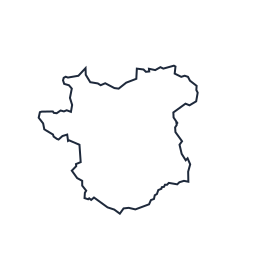 outline of Radovish, Radoviš, North Macedonia, rotated 138°
{"feature_id": "65306769B69057078753294", "entity_name": "Radovish", "entity_type": "district", "adm_level": 2, "iso_a3": "MKD", "parent_name": "North Macedonia", "parent_adm1": "Radoviš", "projection": "equal_earth", "projection_center": [22.502, 41.651], "detail": "fine", "context": "isolated", "style": "outline", "palette": "slate", "viewbox_px": 256, "rotation_deg": 138, "n_neighbors": 0, "source": "geoboundaries", "source_scale": "gbopen_adm2", "svg_char_len": 1454}
<svg xmlns="http://www.w3.org/2000/svg" viewBox="0 0 256 256"><g transform="rotate(138 128 128)"><path d="M196.3,82.7L192.8,76.6L191.4,69.8L185.1,71.2L180.9,68.2L177.0,62.6L163.4,57.2L159.2,59.1L156.2,57.9L153.1,60.1L150.7,59.6L147.0,61.6L143.9,60.5L142.5,61.4L140.6,60.2L138.5,61.1L137.0,59.7L134.4,59.9L129.1,53.2L126.1,53.3L121.8,51.3L119.1,47.7L112.5,55.3L106.1,59.4L104.0,65.6L106.7,65.4L105.4,72.9L100.9,81.1L96.7,82.0L95.5,93.2L92.6,96.9L89.7,97.7L88.6,99.4L88.1,98.0L87.1,105.3L83.9,109.2L69.0,107.6L67.1,103.7L59.5,102.2L52.6,107.6L51.8,110.5L48.8,113.4L50.3,121.7L49.2,125.9L50.9,128.9L54.2,130.4L56.9,137.2L51.6,141.9L52.2,143.6L62.0,148.5L63.2,151.5L69.0,152.8L72.8,158.0L74.4,155.8L77.1,157.8L77.3,161.1L81.7,166.2L88.9,159.0L99.0,162.9L108.6,163.5L111.4,166.8L115.0,176.5L119.7,178.1L120.6,181.3L125.4,187.3L123.8,195.8L119.5,200.9L129.9,200.0L138.9,205.7L140.0,207.8L142.2,208.3L144.4,206.9L145.9,203.5L143.3,199.3L143.4,194.9L151.0,189.2L154.1,182.5L159.6,178.2L161.7,182.2L164.5,183.2L166.4,186.1L171.1,186.7L173.0,188.9L172.8,190.6L181.3,198.0L182.9,198.7L187.5,195.4L188.0,188.2L191.1,183.0L188.1,173.3L189.0,171.4L188.1,167.4L187.3,165.9L182.1,165.9L177.6,163.8L181.2,158.5L180.0,158.2L175.3,148.0L186.0,134.3L190.8,136.0L192.0,134.3L198.3,133.9L199.3,124.8L197.4,119.4L200.6,115.8L201.0,109.4L203.4,108.7L207.2,105.0L205.3,101.7L203.9,101.7L203.5,99.2L199.8,99.1L196.3,82.7Z" fill="none" stroke="#1e293b" stroke-width="2"/></g></svg>